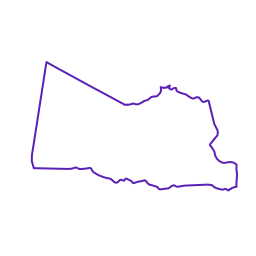 Nimroz, Natural Earth projection, rotated 80°
{"feature_id": "AFG-1751", "entity_name": "Nimroz", "entity_type": "Province", "adm_level": 1, "iso_a3": "AFG", "parent_name": "Afghanistan", "parent_adm1": "", "projection": "natural_earth1", "projection_center": [62.416, 30.83], "detail": "fine", "context": "isolated", "style": "outline", "palette": "violet", "viewbox_px": 256, "rotation_deg": 80, "n_neighbors": 0, "source": "natural_earth", "source_scale": "10m", "svg_char_len": 3249}
<svg xmlns="http://www.w3.org/2000/svg" viewBox="0 0 256 256"><g transform="rotate(80 128 128)"><path d="M49.1,196.7L52.5,192.5L56.9,187.1L57.0,187.0L66.0,175.7L70.8,169.7L74.1,165.6L80.4,157.7L85.1,151.7L91.7,143.3L99.1,134.0L103.9,127.9L104.8,126.8L104.7,126.4L104.7,125.1L104.9,124.6L105.2,124.4L105.0,119.6L104.7,118.7L105.9,116.4L106.3,115.0L106.3,113.6L106.0,112.2L105.3,109.9L104.3,107.6L104.1,106.9L104.0,104.8L103.6,103.2L102.0,100.5L101.5,99.1L101.4,97.7L101.8,94.7L101.4,93.4L99.4,90.6L98.2,89.7L96.8,89.0L93.6,88.6L93.8,88.0L94.4,86.5L94.8,85.9L94.8,85.3L94.7,84.9L94.6,84.4L94.6,84.0L94.9,83.4L94.9,83.1L95.0,82.9L94.9,82.7L94.7,82.6L94.4,82.2L94.0,81.7L93.6,80.3L93.5,79.8L93.6,79.5L93.8,79.6L94.0,79.7L94.1,80.0L94.3,80.5L94.6,80.2L94.9,80.1L95.0,80.2L95.0,80.3L95.1,80.5L95.4,80.8L95.8,80.7L96.3,80.4L97.2,79.6L97.5,79.0L97.6,78.2L97.5,77.8L97.3,77.4L97.0,76.8L96.9,76.6L96.7,75.6L96.7,74.7L96.8,74.1L97.0,73.8L97.3,73.7L97.6,73.7L99.2,73.8L99.9,73.5L100.4,73.2L102.3,70.6L104.9,65.4L106.3,63.8L107.3,62.9L109.0,60.9L109.8,59.9L110.2,59.2L110.3,58.7L110.3,58.4L110.3,58.0L110.1,56.9L109.6,55.3L109.6,54.9L109.7,54.5L109.9,53.6L110.3,53.0L110.8,52.5L114.5,50.5L115.2,49.8L115.5,49.2L115.5,48.6L115.2,46.9L115.0,45.8L114.8,45.4L114.8,45.1L114.8,44.7L114.9,44.3L115.2,43.9L139.1,42.3L145.6,40.3L146.3,40.3L147.5,40.3L149.4,40.7L150.1,40.9L150.6,41.2L151.0,41.5L153.5,44.5L157.9,49.6L158.4,50.0L159.2,50.3L160.4,49.5L160.8,49.2L166.1,47.1L166.6,47.0L169.8,47.0L173.0,46.1L173.9,45.7L176.0,44.1L177.0,43.1L177.8,42.1L178.4,41.2L178.7,40.5L179.0,39.7L179.1,38.9L179.2,33.7L179.4,32.8L179.9,31.2L180.3,30.4L180.8,29.6L182.0,28.2L182.6,27.8L183.1,27.6L183.5,27.5L183.8,27.5L186.6,28.3L192.4,28.6L203.2,31.3L204.6,31.3L204.8,33.7L205.0,34.8L205.0,35.4L205.1,35.8L205.1,36.0L205.6,36.7L205.8,37.1L205.8,37.5L205.8,37.8L205.9,38.2L206.0,38.5L206.8,39.3L206.9,39.8L206.7,40.3L205.8,41.4L204.9,42.3L204.8,42.7L204.8,43.3L205.2,44.9L205.1,45.7L204.8,46.7L202.8,51.1L201.8,52.5L201.2,53.3L198.8,55.3L197.6,59.2L194.6,82.1L194.5,89.5L193.8,90.8L192.5,92.5L192.4,93.7L193.2,96.3L193.9,97.4L194.2,97.9L194.3,98.4L194.4,99.2L194.1,105.4L194.1,106.0L194.0,107.2L192.9,108.5L191.7,109.0L191.1,109.5L190.7,110.1L188.3,114.9L187.7,116.4L187.2,117.0L186.2,118.0L185.4,118.5L183.2,119.6L182.4,120.5L182.6,123.1L182.7,127.9L183.2,131.3L183.2,132.0L183.1,132.5L182.6,132.9L181.5,133.5L180.9,134.0L180.3,134.6L178.4,137.3L177.8,137.9L177.5,138.5L177.5,139.0L177.9,139.8L178.3,140.2L179.1,140.7L179.2,141.1L179.1,141.5L177.8,143.6L177.8,144.8L178.0,145.3L178.4,145.9L179.2,146.9L179.5,147.4L179.7,148.0L179.9,148.6L179.8,149.2L179.5,150.0L178.7,151.0L175.6,153.4L174.9,154.4L174.2,155.7L173.5,157.9L172.0,160.8L169.6,164.8L167.8,167.1L165.5,169.6L163.5,170.8L163.0,170.9L162.4,171.0L161.9,171.2L161.5,171.4L161.1,171.7L160.8,172.2L160.6,172.9L160.7,176.4L160.2,181.5L160.1,182.5L159.7,183.4L158.1,185.6L157.9,186.2L157.8,186.8L158.2,190.1L158.1,193.2L151.2,227.7L143.9,228.5L138.0,227.3L132.4,225.4L127.6,223.7L122.8,222.1L117.9,220.4L113.1,218.8L108.3,217.1L103.4,215.5L98.6,213.8L93.7,212.2L88.9,210.5L84.1,208.9L79.3,207.2L74.4,205.6L69.6,203.9L64.8,202.3L59.9,200.6L55.1,199.0L51.0,197.6L49.1,196.7Z" fill="none" stroke="#5b21b6" stroke-width="2"/></g></svg>